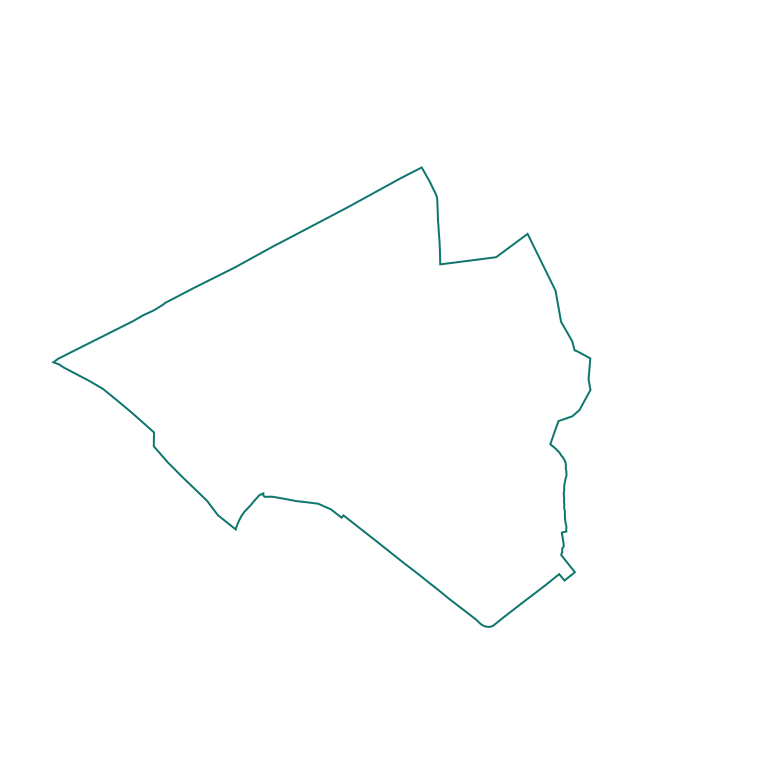 outline of City, Castries, Saint Lucia, rotated 220°
{"feature_id": "8701671B44976535093209", "entity_name": "City", "entity_type": "district", "adm_level": 2, "iso_a3": "LCA", "parent_name": "Saint Lucia", "parent_adm1": "Castries", "projection": "albers", "projection_center": [-60.991, 14.009], "detail": "fine", "context": "isolated", "style": "outline", "palette": "teal", "viewbox_px": 768, "rotation_deg": 220, "n_neighbors": 0, "source": "geoboundaries", "source_scale": "gbopen_adm2", "svg_char_len": 1894}
<svg xmlns="http://www.w3.org/2000/svg" viewBox="0 0 768 768"><g transform="rotate(220 384 384)"><path d="M651.2,188.1L645.6,190.1L639.2,190.9L611.8,196.9L596.2,199.6L574.2,199.9L558.1,199.9L529.1,199.1L520.3,188.3L499.3,185.0L478.2,183.1L444.6,180.8L426.9,176.7L404.1,177.3L405.1,179.5L406.9,184.9L407.3,186.5L408.3,191.1L408.8,196.3L408.2,205.5L408.3,209.0L408.0,218.7L406.5,221.9L406.1,222.6L404.8,221.0L402.8,221.0L396.9,226.0L385.0,232.9L376.1,237.8L365.7,244.7L357.4,250.0L343.9,253.9L330.6,254.3L330.6,257.3L308.7,258.0L285.2,258.8L253.7,259.6L236.1,260.4L222.5,260.7L210.8,261.1L195.4,261.3L167.7,262.5L161.9,262.7L155.7,262.3L153.3,262.6L151.3,263.1L149.3,264.1L147.1,265.6L145.1,268.6L142.1,283.5L137.3,305.6L131.0,333.6L127.6,350.9L119.4,349.5L116.8,362.5L138.3,366.9L139.0,368.2L139.3,369.8L140.9,371.3L141.7,372.8L141.9,375.1L144.1,377.4L149.9,382.4L151.5,383.8L152.2,384.5L149.5,388.2L150.9,389.7L151.6,390.7L152.5,391.9L156.5,395.0L160.1,398.6L163.2,402.3L166.3,404.9L168.8,408.0L170.9,410.0L172.4,412.1L176.0,415.7L178.0,418.9L180.6,422.0L182.6,425.6L184.1,428.2L185.1,430.8L188.2,434.4L190.3,436.0L193.3,439.6L195.4,441.1L199.5,442.7L202.5,443.2L205.6,444.3L211.8,444.8L213.7,444.8L217.0,444.7L217.8,444.7L222.8,457.7L226.5,467.8L219.0,480.2L217.5,489.5L218.2,493.1L222.0,512.1L230.3,519.1L242.4,536.2L256.8,533.3L259.7,532.3L267.2,537.7L288.4,545.5L312.5,565.7L370.5,591.3L379.6,553.2L417.8,511.8L426.9,522.1L433.3,529.1L438.7,534.6L444.0,540.2L447.9,544.1L453.4,550.3L456.4,553.6L459.9,557.5L463.0,560.7L466.0,562.6L473.7,566.0L478.9,568.4L494.3,574.1L499.0,563.1L502.8,554.0L504.1,550.8L511.1,532.8L524.5,498.3L528.7,488.0L551.3,432.8L557.6,417.6L570.3,384.8L572.8,378.3L588.7,341.6L591.7,334.6L603.6,305.9L603.9,305.2L604.1,303.3L607.5,292.8L612.6,282.0L616.7,270.7L617.3,269.4L637.1,223.5L649.8,194.0L651.2,188.1Z" fill="none" stroke="#0f766e" stroke-width="2"/></g></svg>